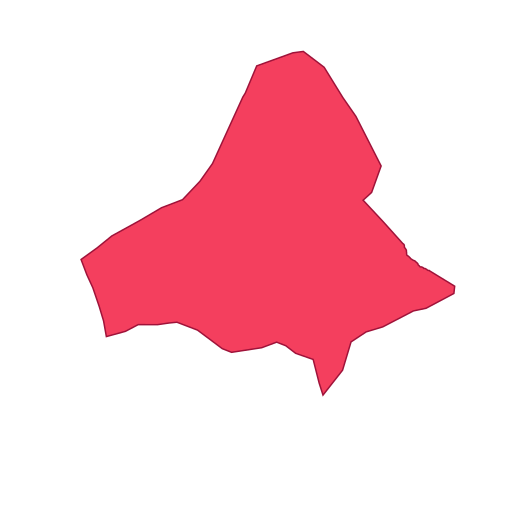 Guchin-Us, Övörhangay, Mongolia (Equal Earth projection), rotated 233°
{"feature_id": "93677404B94163946721302", "entity_name": "Guchin-Us", "entity_type": "district", "adm_level": 2, "iso_a3": "MNG", "parent_name": "Mongolia", "parent_adm1": "Övörhangay", "projection": "equal_earth", "projection_center": [102.189, 45.34], "detail": "fine", "context": "isolated", "style": "filled", "palette": "rose", "viewbox_px": 512, "rotation_deg": 233, "n_neighbors": 0, "source": "geoboundaries", "source_scale": "gbopen_adm2", "svg_char_len": 1381}
<svg xmlns="http://www.w3.org/2000/svg" viewBox="0 0 512 512"><g transform="rotate(233 256 256)"><path d="M107.0,391.5L112.3,396.5L139.4,385.8L140.1,385.7L141.0,384.7L141.6,384.4L142.5,384.3L143.0,384.1L143.5,383.8L144.1,383.6L144.5,383.3L144.8,382.9L145.1,382.5L145.8,382.5L146.3,382.4L146.9,382.1L147.7,381.6L148.1,381.0L148.7,380.5L149.8,380.5L150.7,380.3L151.3,380.2L151.8,380.3L152.3,380.6L152.8,380.6L153.5,380.5L154.1,380.4L154.8,380.2L155.7,380.1L156.6,379.9L157.2,379.5L158.0,379.0L158.7,378.7L159.9,378.3L160.9,377.9L161.7,378.0L164.1,377.6L164.9,377.3L165.6,377.0L166.2,377.1L167.3,377.7L167.7,378.0L168.5,378.6L169.0,378.8L169.5,379.1L170.1,379.6L170.9,379.7L171.8,379.8L172.8,379.8L173.5,379.7L174.8,380.6L175.6,381.0L176.4,381.1L177.9,380.7L206.8,378.2L236.1,375.1L237.2,386.6L252.6,410.1L307.3,419.8L330.2,420.7L365.7,424.0L390.9,416.9L396.1,407.7L407.4,371.0L392.5,345.4L390.9,341.2L356.0,276.9L349.4,256.2L345.2,231.2L351.4,209.7L354.3,184.3L358.8,153.0L358.1,134.1L358.5,114.2L342.7,109.6L328.9,106.6L310.0,100.4L295.9,95.2L281.7,88.0L274.4,106.4L272.1,120.6L260.5,135.9L254.9,146.1L250.7,153.0L232.0,164.7L202.3,173.3L193.8,178.5L179.3,205.4L174.8,220.6L166.4,225.8L154.4,229.1L139.0,239.4L116.6,230.0L104.6,225.8L112.7,256.4L130.2,280.2L129.1,298.3L123.1,314.6L117.4,348.7L111.9,360.4L107.0,391.5Z" fill="#f43f5e" stroke="#9f1239" stroke-width="1.5"/></g></svg>